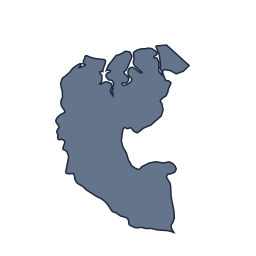 the border of Delta, rotated 110°
{"feature_id": "NGA-2860", "entity_name": "Delta", "entity_type": "State", "adm_level": 1, "iso_a3": "NGA", "parent_name": "Nigeria", "parent_adm1": "", "projection": "mercator", "projection_center": [5.747, 5.78], "detail": "fine", "context": "isolated", "style": "filled", "palette": "slate", "viewbox_px": 256, "rotation_deg": 110, "n_neighbors": 0, "source": "natural_earth", "source_scale": "10m", "svg_char_len": 3801}
<svg xmlns="http://www.w3.org/2000/svg" viewBox="0 0 256 256"><g transform="rotate(110 128 128)"><path d="M84.2,195.4L83.6,193.8L85.8,194.0L87.9,194.5L87.2,193.3L84.3,190.2L83.3,189.6L82.9,190.0L83.0,191.9L82.6,192.3L81.6,192.4L80.9,192.5L79.4,193.0L78.0,192.4L75.5,192.9L74.4,192.3L74.2,191.5L74.4,187.7L74.0,182.9L71.8,173.5L72.4,172.1L74.8,171.6L81.7,171.5L83.6,170.9L83.9,171.9L84.2,172.6L85.0,173.8L85.9,173.2L86.7,171.6L87.2,170.9L87.8,170.5L91.4,169.1L93.1,168.8L94.7,168.8L95.8,169.6L96.4,169.6L95.7,168.2L93.2,166.1L92.2,164.5L91.8,163.1L91.7,161.4L91.9,159.7L92.5,158.5L93.9,157.6L95.5,157.3L99.0,157.3L100.2,156.7L101.4,155.4L102.9,153.1L101.2,153.8L99.8,155.0L98.3,155.8L96.4,155.2L96.2,155.7L95.5,156.2L95.0,156.7L92.6,156.2L90.1,157.4L88.7,159.7L89.4,162.4L88.2,164.9L86.8,166.5L85.1,166.9L82.9,165.9L82.3,165.2L82.1,164.6L81.7,164.1L80.4,163.9L79.9,164.5L80.2,165.8L80.8,167.3L81.5,168.1L75.5,167.8L63.8,163.9L63.3,163.3L62.8,162.2L62.4,161.6L59.2,158.6L57.0,157.1L56.3,154.9L56.0,152.7L56.3,151.6L57.0,151.3L58.7,149.4L59.6,148.8L60.4,148.7L70.5,149.1L74.4,149.7L76.5,150.9L77.2,150.9L78.3,149.5L80.0,145.7L80.8,144.5L82.1,143.9L83.8,144.0L85.4,144.5L86.5,145.2L86.7,146.0L87.3,148.3L87.6,148.8L88.7,148.7L89.2,148.4L89.4,147.8L89.4,146.7L88.6,145.0L86.8,143.3L84.7,141.8L82.9,141.0L80.9,141.0L80.0,142.0L78.7,145.2L77.6,146.2L75.9,147.0L74.0,147.5L72.3,147.4L70.3,146.3L69.5,144.8L69.5,143.0L71.4,137.3L71.7,135.8L71.5,133.8L70.9,133.8L68.0,141.6L66.9,143.7L65.6,145.0L63.8,145.7L61.3,145.9L60.2,146.2L57.7,147.7L55.1,148.6L54.5,148.4L53.1,147.4L51.5,145.9L49.9,143.9L48.6,141.7L47.6,138.8L46.6,137.4L45.7,135.5L45.3,133.1L45.6,131.0L46.2,128.6L47.1,126.7L48.4,125.9L49.6,126.3L51.7,127.9L52.5,128.1L53.0,127.5L52.8,126.5L52.4,125.5L52.5,124.5L55.7,121.6L64.2,118.5L66.6,114.5L64.5,114.9L60.9,118.1L56.8,119.3L48.9,123.5L47.4,124.5L42.2,129.5L41.1,129.4L37.2,120.8L36.8,120.3L36.9,120.1L48.4,91.9L55.7,95.4L60.6,101.1L59.6,107.9L60.5,113.4L62.5,115.0L64.4,114.2L70.3,109.0L69.8,105.6L70.9,103.0L77.6,103.4L80.7,102.9L84.6,103.2L88.6,106.1L90.5,106.7L91.5,107.0L92.5,106.2L93.1,104.8L98.9,101.2L105.3,100.9L117.4,107.5L123.1,113.7L126.6,115.6L129.5,117.8L129.0,121.6L126.8,125.3L127.3,126.5L128.4,127.5L129.0,128.7L128.6,129.9L128.7,131.6L130.5,132.2L132.3,132.1L142.5,129.9L147.8,126.1L152.0,121.0L157.8,116.7L162.1,111.7L163.3,107.8L163.3,103.7L161.9,102.5L160.0,102.1L153.8,96.3L150.6,91.0L149.4,86.9L149.1,83.4L145.7,77.6L146.1,73.9L147.5,70.9L150.0,68.6L153.5,69.0L156.1,71.7L158.2,75.1L161.1,75.1L165.4,69.7L168.2,68.0L178.0,63.9L190.6,56.3L196.9,53.6L200.6,53.5L204.3,54.2L207.2,53.2L210.5,49.2L210.5,52.6L210.9,55.6L213.8,65.9L214.4,71.6L216.3,76.7L216.7,80.8L217.1,82.2L218.5,84.8L219.0,86.2L219.2,87.7L218.9,92.3L218.5,93.7L217.7,94.5L216.7,95.0L215.3,95.5L213.3,97.2L212.8,99.5L213.2,105.0L211.8,110.3L211.8,111.3L211.9,113.1L211.8,114.1L211.4,114.9L207.2,120.5L205.2,124.0L204.2,126.7L203.5,129.5L203.1,134.0L200.4,146.0L198.3,150.8L198.0,153.0L197.5,155.8L197.0,157.2L196.2,158.4L194.2,160.5L193.6,160.9L191.7,161.6L191.1,162.1L190.1,163.2L189.5,163.7L189.6,163.9L191.4,168.4L191.7,170.7L190.0,171.6L176.5,173.7L174.8,174.2L172.9,175.7L172.0,176.6L171.2,177.5L170.7,178.6L170.4,179.8L170.4,181.3L170.2,181.9L168.3,182.4L163.9,182.3L162.0,183.0L161.2,185.6L161.4,186.7L162.4,188.2L162.6,189.2L162.1,190.2L160.9,190.9L158.3,191.6L157.5,192.3L156.9,193.0L156.2,193.5L154.8,193.8L153.6,193.7L152.3,193.3L151.1,193.0L150.2,193.4L147.2,197.5L145.5,198.5L142.7,198.1L140.5,197.2L138.4,195.9L134.8,192.7L133.5,193.4L130.0,198.2L127.2,199.8L124.0,200.4L122.1,199.9L120.1,200.6L118.2,201.4L116.3,202.1L112.8,204.6L109.0,206.6L107.4,206.5L105.6,206.8L103.0,206.4L101.1,204.9L95.8,202.0L91.0,200.4L87.0,197.8L84.2,195.4Z" fill="#64748b" stroke="#1e293b" stroke-width="1.5"/></g></svg>